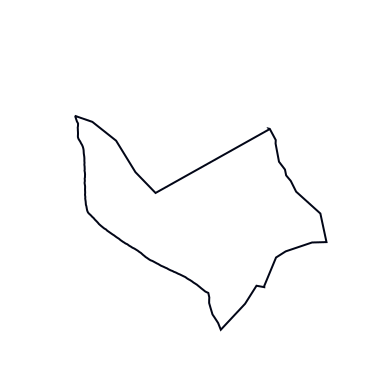 outline of Quatre Chemins, Castries, Saint Lucia, rotated 125°
{"feature_id": "8701671B54761121422893", "entity_name": "Quatre Chemins", "entity_type": "district", "adm_level": 2, "iso_a3": "LCA", "parent_name": "Saint Lucia", "parent_adm1": "Castries", "projection": "orthographic", "projection_center": [-60.975, 13.991], "detail": "fine", "context": "isolated", "style": "outline", "palette": "ink", "viewbox_px": 384, "rotation_deg": 125, "n_neighbors": 0, "source": "geoboundaries", "source_scale": "gbopen_adm2", "svg_char_len": 2535}
<svg xmlns="http://www.w3.org/2000/svg" viewBox="0 0 384 384"><g transform="rotate(125 192 192)"><path d="M155.9,53.1L136.0,74.5L132.0,106.9L126.3,117.4L124.4,124.4L120.3,128.7L117.3,138.1L108.6,147.0L104.4,151.3L101.4,153.2L95.7,164.5L96.1,165.5L96.4,164.7L213.7,221.3L208.2,249.7L193.5,283.6L191.7,313.8L196.6,330.9L197.2,330.8L200.3,326.6L200.8,325.4L201.5,324.4L201.9,324.2L203.1,323.4L203.8,323.0L204.7,322.6L206.2,321.4L206.8,321.0L208.3,319.8L209.8,318.7L211.4,317.7L212.4,317.0L213.5,315.6L214.0,314.5L214.4,313.6L214.7,312.7L215.7,310.9L216.6,308.9L217.7,307.2L218.8,305.9L219.5,305.2L219.9,304.8L220.4,304.4L222.3,302.9L223.1,302.2L223.6,301.7L225.1,300.3L226.5,299.2L228.4,297.9L229.7,296.8L231.4,295.8L232.7,294.6L235.1,292.8L236.1,292.3L236.6,291.8L237.6,290.8L238.0,290.5L238.8,289.8L240.8,288.5L241.1,288.2L242.4,287.7L244.4,286.1L246.0,285.3L246.3,285.1L246.8,284.6L248.7,282.8L250.3,281.7L251.0,281.3L252.3,280.3L253.6,279.3L254.2,278.9L255.7,278.0L257.3,276.5L258.5,275.8L259.6,274.8L260.2,274.2L261.2,273.3L261.6,273.0L263.4,271.5L264.1,270.5L266.3,268.3L267.4,267.1L268.4,265.5L268.8,264.0L268.9,263.0L269.2,261.0L269.5,259.8L269.8,257.5L270.3,255.8L270.8,253.0L271.0,252.1L271.2,251.2L271.6,249.9L271.8,248.1L271.9,247.2L272.1,244.6L272.2,242.9L272.0,240.8L272.3,239.4L272.3,237.4L272.3,236.0L272.3,234.9L272.3,233.0L272.3,232.5L272.2,231.3L272.3,228.6L272.3,227.6L272.2,224.8L272.4,223.2L272.4,222.0L272.4,219.8L272.3,218.8L272.3,217.0L271.9,215.0L272.0,212.6L271.8,210.5L271.8,208.9L271.7,208.4L271.4,206.7L271.2,202.7L271.3,200.7L271.2,199.0L271.6,195.9L271.7,194.0L271.9,192.6L271.8,191.9L271.8,191.3L271.8,189.8L271.8,188.9L271.8,188.1L271.7,186.9L271.6,186.4L271.2,184.9L271.0,183.2L270.7,180.5L270.6,179.5L270.5,179.1L270.4,178.5L270.3,177.2L270.2,175.5L270.1,174.8L269.9,173.9L269.6,172.5L269.2,170.1L268.9,168.9L268.8,167.3L268.7,166.5L268.4,164.5L267.9,162.6L267.8,161.4L267.7,160.8L267.5,160.2L267.2,158.8L266.9,156.5L266.4,154.3L266.3,153.4L266.2,152.9L266.0,151.5L265.9,150.9L265.5,148.5L265.6,146.7L265.5,144.7L265.3,143.3L265.2,140.6L265.3,139.1L265.3,138.6L265.2,137.2L265.2,136.3L265.1,135.1L265.3,132.6L265.4,130.9L265.5,130.1L265.6,128.8L265.7,127.0L265.9,124.0L265.8,123.4L265.7,122.7L265.3,120.8L266.1,119.9L268.5,117.3L270.3,116.2L273.1,114.3L276.5,110.1L280.6,104.9L281.6,102.2L284.3,95.5L288.3,89.4L253.1,84.4L231.8,85.4L228.9,79.1L228.5,78.2L227.3,79.0L225.8,79.3L198.7,85.3L197.5,85.6L192.2,83.4L186.9,81.2L164.5,64.7L155.9,53.1Z" fill="none" stroke="#020617" stroke-width="2"/></g></svg>